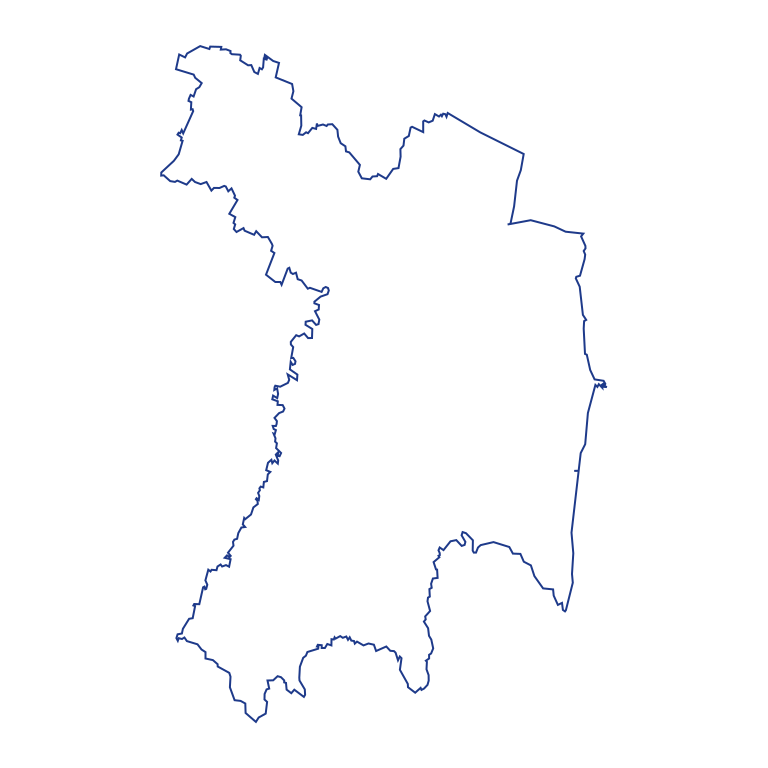 Sukoharjo, Jawa Tengah, Indonesia (Equal Earth projection)
{"feature_id": "22746128B41417259813102", "entity_name": "Sukoharjo", "entity_type": "district", "adm_level": 2, "iso_a3": "IDN", "parent_name": "Indonesia", "parent_adm1": "Jawa Tengah", "projection": "equal_earth", "projection_center": [110.813, -7.683], "detail": "fine", "context": "isolated", "style": "outline", "palette": "blue", "viewbox_px": 768, "rotation_deg": 0, "n_neighbors": 0, "source": "geoboundaries", "source_scale": "gbopen_adm2", "svg_char_len": 6086}
<svg xmlns="http://www.w3.org/2000/svg" viewBox="0 0 768 768"><path d="M161.2,175.6L163.7,175.3L170.2,181.1L175.0,181.9L177.3,180.6L186.6,184.6L191.7,178.9L195.0,182.0L200.7,184.1L206.5,182.0L211.4,190.6L214.0,187.9L219.5,188.0L224.2,185.9L225.8,186.5L228.3,191.3L231.5,188.4L235.0,195.7L234.3,197.7L237.5,200.0L229.3,213.8L235.3,217.1L233.5,222.9L235.2,224.4L233.8,229.0L236.5,232.0L243.5,228.1L244.6,230.7L254.1,234.8L256.2,231.2L262.0,237.3L267.9,237.0L271.9,243.9L272.6,245.8L271.1,250.8L274.4,253.0L266.0,274.7L275.3,282.0L280.3,282.0L281.6,284.8L287.7,268.6L289.3,267.8L290.7,272.6L292.9,274.0L296.0,272.7L297.7,279.2L301.6,280.5L307.8,288.7L309.9,287.8L321.6,291.9L323.3,288.3L325.7,287.0L328.0,288.0L328.8,290.5L327.5,294.2L320.6,296.6L314.4,301.7L314.4,303.3L319.0,305.0L318.7,309.5L315.0,311.2L319.3,319.6L318.5,324.1L316.1,324.9L312.1,320.4L305.7,321.7L305.5,324.8L312.3,329.0L312.0,338.0L308.1,338.1L304.2,333.5L299.1,336.4L296.2,335.2L290.8,341.9L290.9,344.5L293.2,347.1L291.2,358.1L293.3,357.9L295.5,361.3L295.0,363.9L292.6,364.9L290.7,361.8L289.9,369.4L297.4,374.6L297.0,380.2L287.7,374.4L289.2,379.8L287.9,382.9L280.2,386.7L275.3,385.7L274.6,387.1L274.3,390.0L277.1,388.4L278.1,393.9L277.2,398.1L273.1,395.6L272.3,399.3L277.8,401.3L277.5,404.9L282.7,405.1L284.5,408.6L283.1,411.5L279.1,413.1L274.5,417.9L276.9,421.1L276.6,424.0L275.9,426.0L272.7,425.9L273.7,429.0L275.9,430.1L274.7,434.2L273.6,433.7L275.5,438.3L275.1,441.6L276.9,443.3L276.1,448.1L281.1,453.0L279.6,456.2L277.8,455.9L278.1,452.3L275.8,454.6L278.2,460.5L277.8,463.6L274.5,460.5L272.3,463.2L271.4,459.8L268.0,462.8L266.2,470.2L270.3,471.9L267.8,474.4L267.0,481.1L263.9,481.9L263.3,487.4L260.7,486.6L259.4,488.4L259.9,490.2L258.1,492.9L259.3,496.0L258.8,499.9L256.6,498.2L255.9,499.2L257.5,500.9L257.8,504.0L253.4,507.4L251.0,514.5L245.2,519.2L244.2,518.0L242.8,524.4L245.1,527.0L241.4,527.5L238.3,533.1L237.1,538.8L234.4,539.6L233.0,541.9L233.5,545.7L228.0,552.7L230.7,555.9L229.6,557.1L227.0,555.4L224.7,557.8L230.6,559.2L229.1,566.7L226.0,565.1L222.1,566.5L220.6,564.5L217.5,566.5L216.5,570.2L211.6,569.8L210.5,571.5L208.3,569.7L205.4,580.4L207.3,584.7L206.2,588.9L205.2,589.3L204.4,586.6L203.1,587.3L199.3,604.2L194.2,604.0L193.4,605.5L195.1,606.1L192.7,618.2L189.1,618.8L182.9,628.8L181.9,633.5L177.6,634.3L176.4,638.1L177.8,640.8L178.7,638.2L182.0,639.0L184.4,637.5L186.9,641.1L197.5,644.3L201.5,649.5L205.5,652.1L205.5,658.5L212.9,660.1L217.6,664.2L217.7,666.5L229.3,672.9L230.5,676.7L229.9,687.3L234.6,700.2L240.6,700.9L245.3,703.5L245.6,713.0L255.9,721.9L258.7,717.5L265.7,713.6L267.1,701.9L264.5,699.5L264.6,694.0L266.6,689.4L269.2,688.6L267.5,680.5L273.2,680.3L277.6,676.2L281.0,677.2L284.2,680.4L284.2,682.4L286.0,682.9L286.6,689.6L291.3,693.2L294.3,689.7L303.9,696.9L305.1,694.8L304.8,689.4L299.5,680.5L299.3,677.6L299.9,666.7L303.2,657.8L305.9,655.7L307.4,652.0L318.2,648.7L318.4,646.6L317.0,646.5L317.8,644.8L321.7,645.2L321.7,648.0L324.9,648.0L327.3,644.0L331.4,645.4L331.5,639.2L333.8,639.5L334.6,637.3L335.6,638.6L340.2,636.1L342.8,637.8L346.3,636.5L348.0,639.8L349.7,637.3L351.3,640.6L354.0,641.0L354.8,643.6L357.0,641.6L363.5,645.4L368.5,643.5L373.9,644.7L376.1,651.0L386.3,646.5L390.3,650.8L394.0,651.1L395.6,652.7L398.0,660.3L399.8,656.5L401.5,658.2L399.9,669.8L407.8,683.9L408.0,687.2L415.2,692.7L420.6,687.9L421.5,689.9L424.0,688.6L427.5,684.9L428.7,680.6L428.6,675.1L426.5,669.3L426.9,661.8L425.9,660.7L429.1,658.5L429.1,654.8L431.1,653.5L433.2,648.4L431.3,639.6L429.0,635.8L428.1,628.2L423.9,621.6L425.7,619.4L425.2,616.4L430.1,611.0L427.5,601.3L428.0,597.6L429.8,596.6L429.4,589.1L431.7,587.8L431.1,583.8L432.9,578.5L437.6,577.9L437.1,569.6L436.0,569.4L433.6,562.1L439.4,557.2L438.5,555.8L439.8,555.1L439.7,553.0L438.5,550.3L439.7,547.5L443.5,550.1L450.5,541.3L456.3,540.1L461.7,545.9L464.6,544.9L465.4,541.9L461.6,535.3L462.6,532.1L466.0,533.2L472.9,540.3L472.7,550.6L473.8,552.6L476.0,552.6L478.0,547.5L480.7,545.1L493.5,542.1L509.3,547.0L512.9,553.6L520.4,553.9L523.8,561.7L530.9,565.4L534.4,576.1L543.1,588.4L553.1,589.4L553.7,595.6L557.9,604.9L562.0,602.9L562.9,609.9L565.0,611.4L565.9,610.2L572.8,582.7L572.0,574.0L573.3,553.3L571.5,532.7L580.7,453.1L585.2,444.2L587.9,413.0L595.4,384.9L597.4,386.9L598.8,384.2L602.2,387.7L601.7,384.9L603.3,383.7L603.3,386.8L606.8,387.1L604.5,385.8L605.3,383.8L603.6,380.8L594.6,379.4L590.2,370.0L586.8,354.7L585.0,353.9L583.7,328.7L584.1,321.1L586.2,319.9L582.9,314.9L579.7,286.7L575.8,278.4L576.3,276.8L580.0,275.7L584.6,259.2L585.2,254.6L583.7,251.0L585.5,248.4L585.4,245.9L581.1,236.4L583.3,233.6L565.6,231.7L554.3,226.4L530.7,220.2L507.6,224.5L510.4,223.8L510.9,221.7L514.1,206.4L517.0,180.7L520.8,170.2L523.7,154.0L480.3,132.4L447.7,113.0L446.5,116.8L445.3,114.2L443.2,113.7L441.9,116.2L440.9,114.7L439.0,116.5L434.9,114.1L432.7,120.7L428.7,122.4L424.4,120.5L423.2,121.4L423.2,132.1L412.1,126.8L410.6,127.6L408.8,136.0L404.3,138.7L403.5,145.6L400.4,149.1L400.6,156.7L398.5,168.1L393.2,168.9L386.2,178.8L378.0,174.0L377.1,176.2L372.5,176.5L370.2,179.3L361.8,178.3L358.3,171.7L359.9,164.9L349.3,152.4L346.0,151.4L345.4,146.3L340.7,143.2L338.1,136.6L337.4,129.8L332.3,124.2L327.8,124.5L326.6,126.0L323.0,124.5L317.7,125.9L316.9,123.5L316.1,128.9L312.3,127.9L308.0,133.2L306.1,132.3L302.8,134.9L298.8,134.3L301.3,125.7L301.1,115.4L300.2,115.3L301.6,107.2L291.5,98.6L293.4,91.2L292.1,84.0L275.7,77.4L279.0,62.9L273.2,61.0L264.9,54.9L264.5,57.0L267.1,58.2L266.6,59.6L263.8,58.7L263.1,67.4L261.9,69.3L259.6,68.0L257.9,73.9L254.3,72.0L251.3,65.1L248.1,65.3L240.2,60.3L240.8,55.8L240.0,54.7L231.9,54.2L230.4,53.1L230.5,51.0L226.0,49.3L220.8,49.6L221.3,46.9L210.2,46.6L209.4,49.0L200.2,46.1L187.1,53.5L185.1,57.4L179.2,54.5L176.0,69.2L193.7,74.6L195.2,77.8L201.7,83.1L199.3,87.2L196.1,89.2L193.6,96.5L190.6,94.9L188.9,98.8L188.5,100.9L191.3,102.2L190.9,109.6L192.6,109.2L193.2,111.1L183.2,133.4L181.7,130.0L180.2,133.2L178.7,132.7L177.5,134.6L181.7,137.5L180.9,140.4L182.6,140.8L178.7,154.3L173.9,160.8L161.3,172.5L161.2,175.6ZM578.3,470.8L574.6,470.9L574.2,470.9L576.2,470.8L578.3,470.8Z" fill="none" stroke="#1e3a8a" stroke-width="2"/></svg>